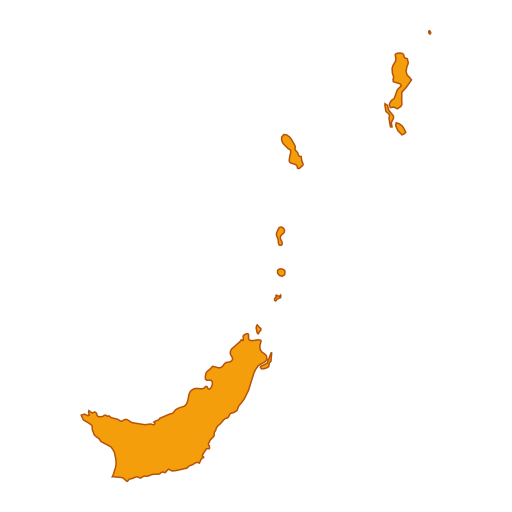 an SVG outline of Sulawesi Utara
{"feature_id": "IDN-513", "entity_name": "Sulawesi Utara", "entity_type": "Province", "adm_level": 1, "iso_a3": "IDN", "parent_name": "Indonesia", "parent_adm1": "", "projection": "natural_earth1", "projection_center": [125.095, 2.916], "detail": "fine", "context": "isolated", "style": "filled", "palette": "amber", "viewbox_px": 512, "rotation_deg": 0, "n_neighbors": 0, "source": "natural_earth", "source_scale": "10m", "svg_char_len": 5794}
<svg xmlns="http://www.w3.org/2000/svg" viewBox="0 0 512 512"><path d="M81.2,415.1L82.5,414.8L84.4,414.1L88.0,415.7L89.3,415.2L88.9,414.2L88.6,412.0L88.9,410.6L90.8,412.1L92.3,413.0L94.8,411.9L96.4,413.1L96.9,414.1L96.9,415.0L97.2,415.8L98.2,416.5L99.1,416.7L101.4,416.7L102.3,416.5L103.2,416.2L103.9,415.6L104.7,415.2L105.9,415.2L106.6,415.6L107.1,416.2L107.8,416.4L108.9,415.8L111.3,417.7L117.7,419.3L120.4,421.0L121.5,421.3L124.4,419.8L125.7,419.3L127.4,419.8L130.9,422.0L132.5,422.7L144.7,424.7L150.6,424.0L151.4,424.2L153.1,424.8L153.8,424.7L154.7,424.1L155.0,423.4L154.7,422.7L153.8,422.1L155.1,421.2L158.5,419.9L159.9,418.2L169.6,414.1L172.4,413.4L173.6,412.3L175.7,409.7L178.5,408.1L184.3,406.2L186.4,404.2L187.7,400.9L189.1,394.0L190.5,391.2L191.5,390.3L192.8,389.4L194.4,388.7L196.2,388.4L201.9,388.8L203.6,388.4L204.4,387.9L205.0,387.1L205.6,386.5L206.6,386.4L207.2,386.9L207.6,387.9L208.2,388.8L209.2,389.2L210.5,388.4L211.6,386.5L212.3,384.2L212.4,382.3L211.6,380.7L210.2,380.1L206.8,380.3L205.4,379.1L205.3,376.5L205.8,373.8L206.6,372.0L211.2,368.0L211.9,366.9L212.8,366.3L219.0,367.9L221.2,367.4L222.5,366.4L224.6,363.5L226.1,362.5L229.7,361.9L231.4,361.1L232.7,359.0L232.1,357.2L230.9,355.3L230.2,353.2L230.6,350.7L231.5,349.1L240.1,341.5L240.9,340.2L241.3,339.8L242.9,340.6L243.3,340.2L243.1,336.7L243.3,335.7L244.2,334.9L246.0,333.9L247.8,333.6L248.6,334.7L248.6,338.8L249.3,340.0L250.9,340.6L252.7,340.6L258.3,339.8L260.7,340.2L261.1,341.3L259.9,345.3L260.1,349.5L261.8,352.0L264.2,353.6L266.3,355.6L267.1,359.5L264.6,362.1L260.9,364.0L258.1,365.9L255.6,369.5L253.9,373.0L248.5,390.4L244.4,398.7L241.6,402.6L238.8,405.9L238.4,406.7L237.5,409.2L237.3,410.0L236.8,410.7L233.8,412.5L231.0,413.3L230.2,413.8L229.6,414.8L228.2,417.4L227.5,417.9L225.4,418.5L223.7,419.8L220.7,423.4L217.8,425.9L216.6,427.4L215.7,430.2L214.5,432.1L214.2,433.3L214.2,434.8L214.2,435.5L213.1,437.1L210.0,440.3L209.3,442.1L208.7,443.0L208.4,444.1L208.6,445.0L209.3,445.8L209.5,446.6L209.5,448.4L209.1,448.8L207.3,448.7L206.6,448.7L206.2,449.2L202.7,454.5L202.4,456.1L203.6,456.9L203.6,457.6L201.9,458.3L200.9,459.7L199.4,463.1L197.1,462.3L195.0,463.1L193.1,464.4L191.5,465.1L189.4,465.7L187.0,468.1L176.5,470.5L172.2,471.0L168.7,469.2L167.6,470.0L165.1,472.7L162.8,472.0L162.1,472.0L161.3,472.5L159.7,473.8L158.9,474.1L153.3,474.3L151.5,474.7L147.9,476.1L147.0,476.2L144.1,476.1L142.6,476.8L141.1,477.8L140.4,478.1L139.4,477.7L138.3,477.2L137.2,476.8L135.4,477.1L132.4,478.5L129.5,479.1L128.7,479.8L127.5,481.3L126.9,481.3L126.1,480.7L123.3,478.2L122.1,477.6L113.1,476.7L112.3,476.8L113.3,474.5L115.3,468.2L116.0,465.0L116.1,461.9L115.7,458.6L114.4,452.3L112.7,449.3L110.8,446.8L100.9,441.5L99.0,438.6L96.3,436.8L95.0,435.6L94.2,434.7L92.3,429.7L92.2,426.9L92.1,426.2L91.6,425.3L90.5,424.3L86.5,421.7L85.5,421.3L83.3,419.8L81.4,415.7L81.2,415.1ZM407.1,75.0L409.6,77.5L411.5,79.9L406.5,87.1L401.8,92.4L401.7,99.5L401.9,104.4L400.9,106.4L397.4,108.8L393.6,107.0L390.3,107.7L389.3,104.7L390.3,102.1L391.6,100.3L394.2,98.5L397.4,89.6L401.3,85.8L400.3,84.0L399.0,83.5L397.4,83.0L393.3,81.7L393.0,79.4L393.7,77.3L393.0,74.8L392.6,73.8L392.3,72.6L392.3,71.4L392.1,68.4L392.8,65.8L395.7,60.8L395.8,60.1L395.9,59.0L395.8,58.0L395.3,55.8L395.2,54.6L396.2,53.6L398.3,53.1L400.6,53.1L402.4,53.5L403.5,54.4L403.8,55.4L404.0,56.4L404.7,57.7L405.8,58.3L406.7,58.4L407.4,58.7L407.6,60.3L408.3,62.5L407.8,64.6L406.9,66.7L406.5,69.0L406.1,71.4L407.1,75.0ZM301.9,161.1L302.2,161.9L302.9,163.5L303.1,164.2L303.0,165.0L302.5,165.6L299.5,168.3L298.9,168.6L297.6,168.3L297.3,167.6L297.3,166.6L296.8,165.5L295.0,164.3L290.9,163.1L289.4,161.8L289.2,160.0L290.0,155.2L290.3,154.2L290.6,153.7L290.6,150.4L290.3,149.9L288.2,148.7L283.8,144.3L282.8,143.0L282.0,141.3L281.6,139.4L281.7,137.1L283.8,134.5L286.9,135.0L289.9,137.3L291.7,139.8L294.8,145.3L295.3,147.0L295.2,147.7L295.1,148.3L295.0,149.0L295.3,150.1L295.7,150.5L297.1,152.0L297.7,152.8L298.6,155.6L298.8,155.8L299.8,156.3L300.8,156.7L301.2,156.6L301.5,158.9L301.9,161.1ZM283.9,228.8L284.5,230.2L284.5,231.6L283.9,232.8L281.5,235.0L281.0,235.6L280.6,236.4L280.3,238.1L280.7,239.4L281.7,241.2L282.0,242.3L282.2,243.6L282.0,244.7L281.1,245.3L279.5,245.2L278.6,243.9L278.3,242.0L278.2,240.2L277.9,238.8L276.7,235.8L276.4,234.0L276.7,232.7L278.3,229.0L279.0,227.8L280.3,227.1L281.6,227.1L282.9,227.7L283.9,228.8ZM388.6,110.0L392.5,114.7L393.5,116.1L393.6,118.0L392.5,120.2L391.3,122.8L392.0,126.9L390.5,126.9L389.7,122.6L389.0,118.4L389.5,115.1L387.9,112.9L386.0,111.6L385.5,109.0L384.9,105.5L385.0,103.7L387.5,105.4L388.6,110.0ZM396.2,122.8L399.3,123.8L402.0,125.7L403.9,128.5L404.7,130.2L405.8,132.3L404.3,133.8L402.0,134.9L398.0,130.8L395.7,125.7L396.2,122.8ZM271.1,352.8L271.6,352.8L271.6,354.9L271.2,357.7L271.1,360.7L270.8,361.5L269.5,362.7L269.3,363.5L268.7,366.6L267.1,367.7L264.3,368.7L261.6,368.9L260.4,367.6L260.7,366.5L261.4,365.9L263.3,365.2L267.2,363.1L271.1,352.8ZM282.9,269.3L284.5,270.3L285.0,271.3L284.7,274.7L282.1,276.3L279.5,275.5L277.6,273.2L277.5,270.6L278.5,269.5L279.9,268.9L281.4,268.9L282.9,269.3ZM260.5,328.1L260.9,328.7L260.9,330.1L258.9,332.4L258.7,333.2L258.5,333.8L258.1,333.8L257.4,333.2L257.0,332.2L256.8,330.8L256.3,329.1L256.2,327.3L256.5,326.5L256.8,325.2L257.3,324.9L258.1,325.8L258.9,326.9L259.9,327.8L260.5,328.1ZM279.6,296.2L280.6,295.0L280.9,295.8L280.7,297.3L280.4,297.8L280.0,297.6L279.6,297.6L279.4,297.9L278.0,298.8L277.6,298.9L276.9,299.4L276.4,300.3L275.8,300.9L275.0,300.7L274.5,299.9L274.6,298.8L275.0,298.0L275.4,297.8L275.9,297.1L276.4,297.1L276.4,296.6L276.2,296.4L275.9,295.8L276.2,295.1L276.7,295.3L277.1,295.7L277.4,295.5L277.7,295.6L278.2,296.0L279.0,296.2L279.6,296.2ZM429.5,30.7L430.2,31.5L430.8,32.9L429.9,34.1L428.8,32.9L428.7,31.3L428.9,31.0L429.5,30.7Z" fill="#f59e0b" stroke="#b45309" stroke-width="1.5"/></svg>